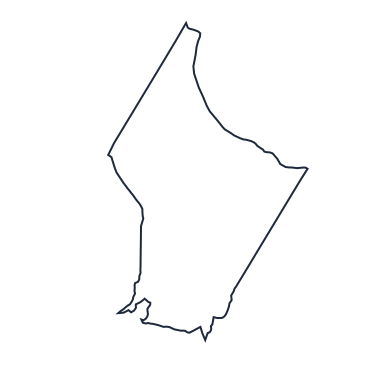 Santana do Cariri, Ceará, Brazil (Robinson projection), rotated 211°
{"feature_id": "56859067B7744611299719", "entity_name": "Santana do Cariri", "entity_type": "district", "adm_level": 2, "iso_a3": "BRA", "parent_name": "Brazil", "parent_adm1": "Ceará", "projection": "robinson", "projection_center": [-39.766, -7.226], "detail": "fine", "context": "isolated", "style": "outline", "palette": "slate", "viewbox_px": 384, "rotation_deg": 211, "n_neighbors": 0, "source": "geoboundaries", "source_scale": "gbopen_adm2", "svg_char_len": 2087}
<svg xmlns="http://www.w3.org/2000/svg" viewBox="0 0 384 384"><g transform="rotate(211 192 192)"><path d="M104.9,271.4L107.1,271.4L108.9,270.5L114.2,266.6L119.3,264.3L120.9,263.3L124.7,261.6L128.7,261.5L130.7,261.4L135.8,264.3L142.7,266.6L145.5,266.1L149.1,264.3L150.9,263.9L153.0,264.9L157.3,265.0L159.9,265.2L162.2,266.1L164.0,266.4L167.1,266.2L172.5,264.7L175.1,263.5L178.5,262.9L184.8,262.2L189.4,262.5L196.4,262.6L199.9,263.7L205.1,265.7L212.5,268.3L218.3,270.3L223.6,273.4L231.4,279.2L239.8,284.9L251.1,294.5L255.6,300.5L256.7,303.6L259.5,311.3L260.3,313.1L262.8,318.7L264.5,324.6L265.2,329.3L266.7,332.3L269.4,332.8L274.3,331.9L278.4,330.6L280.4,330.8L284.1,333.8L283.8,312.4L283.8,274.0L284.0,193.7L282.9,180.6L279.0,180.4L276.4,178.0L272.2,174.3L270.5,172.8L268.7,171.4L266.9,170.0L265.0,169.0L258.8,166.1L256.4,164.9L253.2,163.6L251.4,162.9L249.1,161.9L246.2,160.9L243.8,159.9L240.9,158.9L238.0,157.6L235.7,156.6L233.8,155.9L231.4,155.1L228.8,153.8L225.9,152.0L224.4,149.6L223.0,147.6L221.7,145.8L220.1,144.2L218.1,136.4L215.5,132.0L212.8,127.4L200.9,107.0L197.6,101.4L196.1,98.6L194.5,96.3L193.8,92.8L192.2,89.8L192.0,87.3L193.8,84.7L193.3,82.6L191.9,80.7L190.3,77.5L188.5,75.6L188.3,71.9L187.4,69.7L187.2,67.1L187.3,63.9L188.6,61.5L189.4,59.4L190.4,56.3L191.9,53.1L192.8,50.2L188.4,53.4L185.6,58.0L182.2,57.5L180.6,60.6L180.4,63.8L182.3,66.7L179.9,70.4L178.9,72.4L177.6,76.2L173.0,75.3L170.7,75.6L169.7,73.6L170.1,69.1L168.9,67.1L166.8,64.6L166.2,61.9L166.3,59.8L167.5,57.1L169.7,56.6L166.8,54.6L163.9,55.5L161.8,57.3L160.0,57.7L157.5,58.9L154.9,59.7L152.1,60.6L149.6,61.1L146.8,61.8L144.6,63.4L141.8,64.6L138.7,64.9L136.3,65.2L132.6,66.5L129.8,67.5L128.3,68.6L126.2,69.5L123.6,69.3L121.5,70.3L115.3,80.7L110.4,76.3L104.4,71.9L105.3,76.0L105.9,79.1L104.6,80.9L104.5,83.1L105.3,85.1L106.7,86.7L106.4,89.2L109.0,95.9L105.4,97.0L101.4,99.5L100.3,101.6L99.9,104.6L100.4,108.4L101.4,113.0L102.6,116.0L102.3,119.6L103.6,121.5L105.1,123.4L105.1,128.4L105.8,131.3L105.5,133.4L105.4,158.0L105.4,183.3L105.2,258.1L104.9,271.4Z" fill="none" stroke="#1e293b" stroke-width="2"/></g></svg>